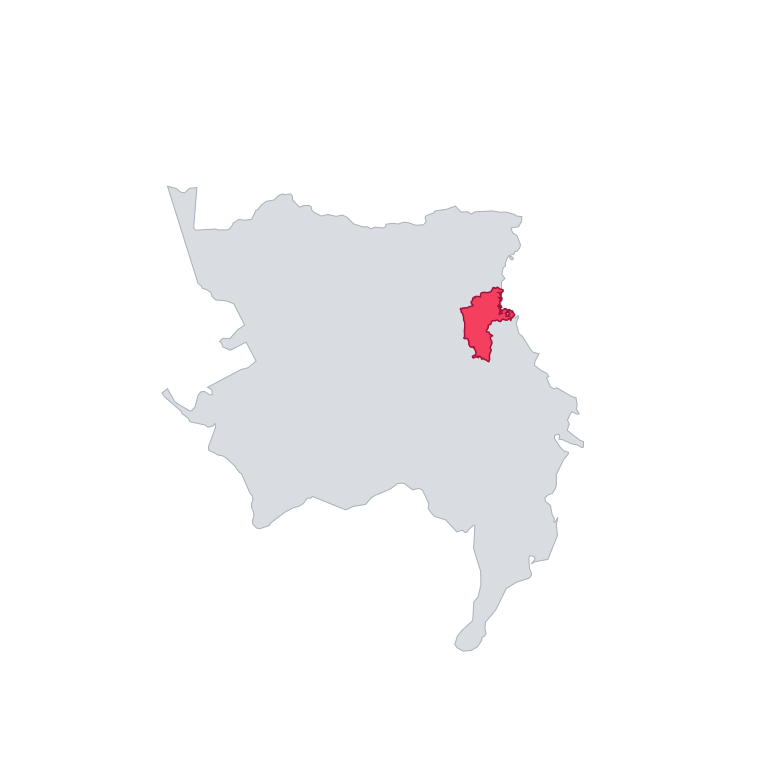 Colombia, with Valle del Cauca highlighted, rotated 152°
{"feature_id": "COL-1408", "entity_name": "Valle del Cauca", "entity_type": "Department", "adm_level": 1, "iso_a3": "COL", "parent_name": "Colombia", "parent_adm1": "", "projection": "mercator", "projection_center": [-76.797, 4.064], "detail": "fine", "context": "in_parent", "style": "filled", "palette": "rose", "viewbox_px": 768, "rotation_deg": 152, "n_neighbors": 0, "source": "natural_earth", "source_scale": "10m", "svg_char_len": 9558}
<svg xmlns="http://www.w3.org/2000/svg" viewBox="0 0 768 768"><g transform="rotate(152 384 384)"><path d="M437.7,126.9L430.6,129.9L416.7,133.5L407.1,149.3L400.6,152.1L392.6,161.4L386.7,173.0L382.2,196.5L370.3,216.3L371.3,217.2L376.0,216.3L380.5,214.2L382.1,214.8L383.7,218.3L389.1,219.2L393.4,235.2L401.6,243.4L402.5,246.6L403.5,253.2L400.6,257.3L399.8,272.0L402.3,275.6L408.5,277.1L412.5,286.2L415.1,288.3L418.9,289.7L427.8,288.3L444.0,289.8L447.8,289.6L456.9,286.4L468.5,290.3L477.0,290.9L500.1,318.4L502.4,317.6L505.3,319.2L511.2,316.4L516.2,316.0L522.9,317.3L531.6,317.3L549.1,314.5L551.8,312.9L561.4,314.5L564.2,316.6L565.6,321.7L564.5,324.9L561.1,328.1L559.3,332.2L558.9,337.1L557.2,340.8L554.1,343.2L552.9,346.7L553.6,351.3L551.9,371.9L553.2,373.7L554.3,382.1L558.3,393.2L560.2,396.3L563.6,398.9L569.8,408.0L568.4,411.1L552.6,425.2L551.8,428.5L554.8,427.2L559.7,428.5L561.4,431.9L573.1,441.8L573.0,445.6L576.3,453.0L575.7,454.7L583.9,475.8L584.2,480.3L577.4,481.5L577.1,467.4L576.1,464.5L568.5,451.9L566.9,450.8L561.8,452.3L553.2,461.6L549.2,463.0L546.0,461.7L542.8,456.1L540.7,455.1L538.7,459.8L541.3,463.9L503.6,463.9L496.3,462.2L486.2,464.3L486.1,485.7L503.9,486.0L508.8,492.1L508.3,497.1L509.1,498.9L504.8,499.9L498.6,496.5L487.6,500.6L479.4,501.5L478.9,525.2L483.8,531.1L493.3,537.4L494.7,541.7L494.0,545.7L496.3,550.8L499.4,553.5L499.4,556.6L501.0,560.0L482.3,660.3L475.7,654.2L473.3,648.6L470.0,646.4L463.8,648.1L457.0,645.3L478.8,611.2L478.1,608.2L459.9,599.9L458.0,597.8L449.3,593.3L444.5,594.6L441.8,596.8L435.2,597.5L429.8,593.9L423.5,591.5L415.8,597.3L413.6,597.2L408.1,599.7L402.3,600.6L394.7,598.1L388.6,599.9L384.3,599.5L382.7,597.7L377.3,595.7L376.7,593.4L378.2,589.2L375.9,580.9L375.0,579.5L370.9,579.4L366.0,576.4L365.1,574.6L366.1,571.2L365.2,568.4L360.5,561.7L353.9,560.0L347.6,554.5L341.3,552.6L338.4,548.6L335.7,539.7L329.1,532.8L324.5,530.4L323.0,527.2L318.3,526.8L311.9,522.3L309.1,522.0L307.1,524.1L301.2,521.9L296.1,518.5L290.9,517.7L287.5,515.6L281.3,509.2L274.6,506.1L270.7,507.3L269.4,512.0L267.2,512.8L259.5,511.6L258.2,512.6L256.2,512.4L246.8,508.9L237.5,507.6L235.2,499.6L229.2,496.8L227.4,493.0L223.2,493.4L207.3,486.1L200.8,481.1L195.2,478.3L189.3,472.6L188.4,470.4L183.8,467.1L186.1,462.9L191.5,459.7L198.6,462.1L199.5,457.2L196.9,452.8L198.1,442.9L200.0,440.7L203.9,438.7L206.3,439.5L207.9,437.8L213.7,438.6L215.4,437.9L219.9,433.9L221.8,430.7L223.8,431.1L228.5,425.7L227.7,420.4L232.2,419.2L236.8,410.4L238.8,410.2L239.9,406.0L248.0,391.6L245.1,393.2L241.9,392.2L242.4,387.3L241.4,386.8L238.8,390.5L236.5,386.7L237.1,380.5L233.4,381.7L233.6,380.2L238.9,375.5L241.1,364.8L239.4,361.0L238.3,344.9L237.3,341.9L233.0,337.9L239.9,333.3L242.4,329.8L239.2,322.7L235.1,316.7L235.0,313.1L237.5,313.4L238.4,303.5L236.1,299.7L233.2,299.6L224.1,284.8L220.9,281.8L223.3,274.7L226.1,271.5L225.5,266.2L227.3,266.4L231.3,271.3L232.8,270.6L239.0,265.9L239.2,261.6L244.1,257.1L237.2,241.9L234.8,239.5L237.6,234.7L239.2,234.9L242.0,239.7L246.3,242.8L252.7,251.3L255.5,253.1L253.5,255.0L253.1,257.0L254.0,258.2L257.6,258.4L259.1,256.1L258.1,245.8L256.6,240.7L253.2,237.0L254.3,235.5L260.8,233.0L274.4,223.2L279.1,214.0L282.6,210.6L286.7,208.4L291.6,209.0L295.4,207.8L296.6,204.8L294.1,198.5L296.9,189.7L296.8,185.2L298.7,182.5L298.1,181.5L293.1,184.6L298.2,178.4L301.8,169.0L321.6,152.2L334.5,156.3L338.5,156.0L333.2,158.1L332.4,160.5L334.3,163.1L336.2,163.8L337.9,162.2L342.2,152.4L342.8,147.0L344.7,145.1L347.5,144.5L360.1,146.8L372.1,146.0L391.5,132.0L406.3,126.0L409.9,120.3L410.9,115.9L413.5,114.2L416.3,114.3L418.0,111.9L424.7,108.1L432.0,107.7L439.6,111.0L443.2,116.7L443.8,120.7L437.7,126.9ZM213.9,436.8L213.0,437.5L211.3,436.2L210.7,434.6L211.8,433.4L213.1,433.8L213.9,436.8Z" fill="#d9dde1" stroke="#a8b0b8" stroke-width="1"/><path d="M236.8,413.2L234.8,411.4L234.9,410.7L235.1,410.3L235.5,409.9L235.9,409.7L236.2,409.8L236.8,409.6L237.2,409.6L238.0,408.9L238.8,410.3L239.3,410.8L240.1,411.1L239.9,410.8L238.8,409.5L238.5,409.0L238.5,408.4L238.6,407.9L238.9,407.5L239.1,407.8L239.3,408.1L239.5,408.3L239.6,408.1L239.5,407.9L239.2,407.3L239.3,406.6L239.7,406.1L239.8,405.5L239.6,404.8L240.3,404.8L240.1,405.1L240.1,405.3L240.1,405.6L240.2,405.8L240.4,405.9L240.7,405.6L241.3,405.7L241.9,406.2L241.8,405.8L241.7,405.6L241.5,405.4L241.2,405.3L241.6,405.0L241.0,404.8L240.7,404.8L240.9,404.5L241.0,404.4L241.4,404.6L241.5,404.1L241.1,403.9L240.4,404.0L239.8,404.1L240.0,403.6L240.3,403.5L240.9,403.6L241.4,403.7L240.7,403.3L241.2,403.0L241.4,403.0L241.3,402.9L241.2,402.5L241.9,402.4L242.5,402.3L242.5,402.5L242.4,402.8L242.7,402.8L243.7,402.5L243.2,402.4L243.1,402.2L243.2,401.9L243.8,401.2L244.0,400.8L244.3,399.8L244.7,400.1L245.0,400.2L245.6,399.7L246.5,399.5L246.7,399.3L246.2,399.2L245.7,399.2L245.3,399.4L245.0,399.4L244.8,398.8L245.6,398.7L246.1,398.5L246.4,398.0L245.8,398.1L244.5,398.5L244.0,398.3L243.9,397.8L244.0,397.2L244.1,396.7L245.1,397.3L245.6,397.5L246.3,397.6L246.4,397.3L246.1,397.2L245.8,397.1L245.2,397.1L244.8,396.7L245.4,396.7L245.8,396.6L246.2,396.4L246.4,396.0L245.9,395.7L245.6,395.3L245.6,394.8L246.2,394.4L246.4,394.6L246.6,394.8L246.6,395.0L246.6,395.3L247.1,394.9L246.9,394.2L246.8,393.6L248.3,393.1L248.7,392.5L249.1,391.9L249.5,391.5L249.5,391.3L247.5,391.7L248.0,391.3L247.1,391.3L246.8,391.2L246.4,391.0L246.5,392.5L244.6,393.5L242.2,393.9L241.0,393.3L241.0,393.0L241.5,392.7L241.5,392.3L240.9,392.1L240.5,391.8L240.4,391.8L240.3,391.7L240.3,391.4L240.3,391.1L240.5,390.6L240.7,389.7L240.9,389.4L241.2,389.2L241.7,389.1L242.0,389.2L242.0,389.5L241.6,389.9L243.2,389.6L243.7,389.4L243.7,389.2L242.5,389.4L242.7,389.0L242.9,388.7L243.8,387.6L244.3,386.5L244.0,386.5L243.8,386.4L243.7,386.0L243.2,386.1L242.8,385.9L242.4,385.4L241.9,385.1L242.0,385.4L242.1,385.8L242.0,386.2L241.9,386.5L241.6,386.3L241.3,386.3L241.0,386.3L240.7,386.5L240.9,386.9L240.7,387.2L240.1,386.9L240.2,387.6L240.1,388.5L239.8,389.3L239.5,389.7L239.4,389.9L239.3,390.8L239.2,391.0L238.6,391.1L238.2,390.8L238.1,390.3L238.3,389.9L236.6,388.5L236.4,388.3L236.2,387.7L236.4,387.2L237.1,387.2L236.6,386.5L236.4,385.6L236.2,384.6L236.2,383.6L237.6,383.4L239.0,382.3L239.4,382.2L239.8,382.3L240.1,382.7L240.3,382.8L240.5,382.8L241.0,382.7L241.2,382.3L241.2,381.7L241.8,381.1L242.2,380.7L242.4,381.2L242.4,382.1L242.5,382.4L243.0,382.9L243.3,383.1L243.5,383.2L244.1,382.8L244.8,382.6L245.1,382.6L245.5,382.6L246.1,383.1L246.5,383.2L247.9,384.6L248.3,385.2L248.4,385.3L248.9,385.3L249.7,385.4L250.0,385.3L250.3,385.2L250.5,385.1L250.8,384.7L251.0,384.6L251.7,384.7L252.0,384.6L252.4,384.8L252.8,385.2L254.1,387.3L254.9,387.7L256.0,387.6L256.4,387.7L256.5,387.9L256.6,388.0L257.0,388.2L257.4,388.4L258.4,388.8L259.0,388.9L259.5,388.7L260.6,387.7L261.1,387.2L261.6,386.8L262.0,386.6L262.3,386.6L264.0,387.0L264.3,387.0L264.6,386.8L264.6,386.4L264.8,386.1L265.5,385.0L266.4,384.2L267.1,383.8L267.9,383.5L268.8,382.7L269.0,382.1L268.5,381.5L267.2,380.8L267.0,380.0L267.2,378.4L267.2,378.1L266.4,377.4L266.1,377.0L265.6,376.0L265.5,375.8L265.5,375.6L266.1,375.7L266.3,375.7L266.9,375.6L267.9,375.3L268.5,374.8L269.0,373.3L268.9,372.7L268.7,372.1L268.7,371.7L269.2,370.0L269.4,369.5L271.2,367.9L272.1,367.3L273.1,366.3L273.5,365.6L273.4,365.0L273.2,364.7L273.3,364.3L273.4,363.9L273.7,363.4L273.9,363.1L276.6,360.8L277.9,359.3L278.9,356.6L279.2,356.2L279.7,355.6L280.0,355.4L281.0,354.5L281.3,354.7L282.2,356.5L282.4,356.9L282.8,357.6L284.0,358.6L284.0,359.5L284.2,359.9L284.4,360.0L284.7,360.1L285.6,360.1L286.0,359.9L286.1,360.1L286.0,360.8L285.8,361.3L285.5,361.5L286.0,362.5L286.0,362.9L286.0,363.1L286.5,363.5L287.0,363.5L287.3,363.5L287.8,363.1L288.0,363.0L288.4,363.0L288.5,363.2L288.6,363.6L288.6,363.8L288.4,364.5L289.1,364.4L289.4,364.4L290.7,364.8L293.0,365.1L293.1,366.6L293.0,366.8L292.9,366.9L291.9,366.9L291.6,367.1L289.3,366.7L288.1,368.4L288.1,368.9L287.9,369.3L287.6,370.4L287.6,372.9L287.9,373.6L287.5,373.8L287.3,374.0L287.1,374.7L287.7,375.0L288.4,375.0L289.8,375.6L290.5,377.1L290.4,378.5L290.5,379.0L290.4,379.2L289.9,380.4L289.5,381.0L289.2,381.7L289.1,382.1L289.2,382.7L289.1,382.9L289.1,383.2L288.9,383.6L288.9,384.7L289.0,384.9L289.1,385.1L290.1,385.4L290.8,385.9L291.4,386.1L291.9,387.0L291.9,387.3L290.9,387.8L290.5,388.0L290.2,388.4L289.8,389.7L289.5,390.2L289.0,391.1L288.2,393.0L286.0,396.3L285.5,397.4L284.8,398.2L284.5,399.4L284.2,399.7L283.9,400.4L283.7,402.2L283.7,402.8L283.6,403.2L282.6,405.1L282.5,405.6L282.1,406.4L281.9,407.1L281.9,408.2L281.8,409.0L281.4,409.9L281.8,410.7L282.0,411.0L282.1,411.3L282.0,411.5L281.7,411.7L281.5,412.0L281.4,412.4L281.4,414.2L281.0,414.7L279.8,414.2L277.7,413.7L277.2,413.5L276.0,412.7L275.1,412.4L271.9,412.1L270.4,411.8L269.1,411.2L268.4,412.1L268.3,412.3L268.4,412.6L268.8,413.0L269.0,413.3L268.9,414.5L268.8,415.0L268.5,415.5L268.1,415.8L267.8,416.0L267.0,416.1L266.5,416.3L266.3,416.6L266.0,417.3L265.8,417.6L265.3,418.1L264.7,417.7L264.1,417.8L263.8,418.1L263.7,418.4L263.6,418.5L263.2,418.4L262.9,418.1L262.7,417.6L262.1,418.1L261.8,418.2L261.4,418.1L260.8,417.8L260.0,417.2L258.3,416.0L257.9,415.6L256.8,417.6L256.2,418.2L255.7,418.5L255.4,418.6L254.9,418.6L254.3,418.6L253.3,418.2L251.4,417.2L251.1,417.1L250.9,416.8L250.3,416.3L250.1,416.2L248.5,415.7L247.0,415.4L246.4,415.5L245.7,415.7L245.1,416.1L244.9,416.1L244.7,416.1L242.9,417.6L242.5,417.7L242.3,417.6L242.1,417.4L242.0,417.6L241.4,417.0L241.2,416.9L241.1,417.0L240.8,416.8L240.8,416.7L240.9,416.3L240.1,415.9L239.8,415.9L239.1,416.2L238.6,416.2L238.3,416.1L237.9,415.4L237.8,415.2L237.7,414.7L237.6,414.4L237.2,414.0L236.8,413.2Z" fill="#f43f5e" stroke="#9f1239" stroke-width="1.5"/></g></svg>